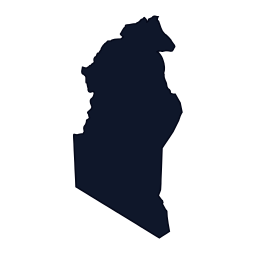 the border of Chad, rotated 178°
{"feature_id": "TCD", "entity_name": "Chad", "entity_type": "country or territory", "adm_level": 0, "iso_a3": "TCD", "parent_name": "Africa", "parent_adm1": "", "projection": "equal_earth", "projection_center": [18.978, 15.46], "detail": "fine", "context": "isolated", "style": "filled", "palette": "ink", "viewbox_px": 256, "rotation_deg": 178, "n_neighbors": 0, "source": "natural_earth", "source_scale": "50m", "svg_char_len": 3504}
<svg xmlns="http://www.w3.org/2000/svg" viewBox="0 0 256 256"><g transform="rotate(178 128 128)"><path d="M182.0,71.1L182.0,77.2L182.1,83.3L182.2,89.5L182.2,95.7L182.3,101.8L182.4,108.0L182.4,114.2L182.5,120.4L182.5,122.4L182.4,123.2L182.3,123.3L182.1,123.5L179.7,122.9L178.6,122.9L177.1,123.3L174.9,123.6L173.4,123.5L172.5,124.6L171.7,125.9L172.1,128.9L172.0,130.0L171.7,131.0L171.0,131.9L170.4,132.6L170.0,133.3L169.5,134.7L169.1,135.3L169.2,136.2L169.0,137.1L168.6,137.6L167.6,138.0L166.9,138.4L166.4,139.0L166.1,139.5L166.2,140.2L166.5,141.1L166.7,142.4L166.8,143.2L167.3,143.9L167.6,144.4L167.7,144.9L167.4,145.4L166.2,146.4L165.7,146.8L165.1,147.3L164.9,147.5L163.9,148.5L163.5,149.3L163.3,150.0L163.3,151.0L163.8,152.4L164.3,153.7L164.5,154.6L164.6,155.6L164.6,156.6L164.3,157.4L163.8,158.2L162.1,159.6L161.2,161.2L160.6,163.1L160.4,164.1L160.6,164.8L161.0,165.4L161.5,165.7L162.2,165.8L163.5,165.4L164.6,165.2L165.9,165.9L166.5,167.5L166.3,168.7L166.8,170.8L167.2,173.4L167.2,174.2L167.4,174.5L168.1,174.7L168.3,175.3L168.1,179.8L168.4,181.1L169.0,182.0L169.6,182.4L170.1,183.0L170.5,183.4L171.1,183.5L171.9,184.4L172.1,185.4L172.1,186.5L171.6,188.8L171.3,190.3L170.8,190.2L169.9,189.8L168.8,189.5L167.5,189.2L166.2,189.9L164.8,190.7L164.3,191.3L164.0,191.6L163.3,191.6L162.8,191.7L162.5,192.3L162.0,192.9L159.9,194.2L159.5,194.7L159.3,195.2L159.3,195.7L159.5,196.8L159.5,198.1L159.0,199.2L158.5,199.9L157.9,200.2L157.4,200.3L157.1,200.8L156.1,203.2L155.6,203.7L154.7,203.6L152.0,207.3L151.8,208.4L150.8,209.9L149.6,211.6L148.5,212.4L148.4,212.7L148.1,213.1L147.4,213.4L145.1,215.5L142.2,215.4L141.0,216.3L139.8,216.6L138.0,217.0L137.5,217.0L135.2,217.1L132.5,217.1L131.5,217.4L130.6,218.2L129.9,218.9L129.8,219.1L129.9,219.4L129.8,219.6L131.7,221.3L132.2,222.2L131.7,223.0L131.4,223.1L131.1,223.8L130.0,225.7L128.4,228.0L127.5,228.6L127.2,229.0L126.8,230.5L126.5,230.8L125.3,231.0L123.1,231.1L119.9,231.6L118.1,231.8L116.9,231.6L115.2,232.7L114.7,232.9L114.3,233.0L112.7,234.0L111.3,235.6L110.8,235.9L108.9,236.6L108.2,237.6L107.8,237.7L106.6,236.3L105.8,235.0L105.4,233.7L105.3,233.3L105.1,233.4L104.4,234.0L103.8,234.6L103.6,235.9L101.6,236.7L99.9,237.4L99.2,238.3L98.0,238.8L96.5,238.6L95.3,238.2L94.1,238.1L94.7,237.0L94.9,236.1L95.0,235.1L94.9,234.4L94.2,234.0L93.8,233.5L92.8,230.2L91.8,226.9L90.4,223.5L88.8,221.4L87.7,220.1L87.4,220.0L86.8,219.6L86.4,219.2L84.3,217.0L82.2,214.4L81.7,213.3L80.6,211.6L79.4,209.8L78.8,209.0L78.5,207.6L79.4,206.3L80.3,204.6L81.3,203.5L82.7,203.4L85.0,203.9L87.5,204.1L90.0,203.7L90.6,203.5L91.3,203.5L92.6,203.9L94.9,203.8L96.1,203.1L94.8,202.0L93.4,200.2L92.2,198.2L91.4,196.4L90.7,194.1L90.0,191.3L89.6,187.6L89.7,185.5L89.9,184.0L90.6,181.6L90.2,180.2L90.3,179.0L90.2,177.3L90.0,176.5L89.1,173.6L88.9,173.3L88.2,171.4L87.8,168.1L86.9,166.0L85.5,164.9L84.7,163.7L84.4,161.5L83.9,160.9L81.6,160.1L79.7,160.1L78.4,157.6L76.7,154.3L75.1,151.3L74.1,145.3L73.5,141.9L74.2,140.9L75.5,138.4L77.3,133.7L81.2,126.5L83.2,122.8L87.1,117.3L92.0,110.6L94.7,106.8L95.2,99.9L95.7,92.5L96.1,87.0L96.6,80.5L97.0,75.1L97.2,71.1L97.7,65.5L98.0,64.4L99.9,60.0L100.0,59.4L99.7,58.7L97.1,54.9L96.2,54.1L95.8,52.2L96.5,51.1L93.3,44.8L92.5,44.1L92.2,43.3L92.2,42.2L92.1,37.9L91.4,31.1L90.3,23.3L94.1,21.0L96.9,19.4L100.5,17.2L103.9,19.4L108.7,22.6L113.5,25.8L118.4,29.0L123.2,32.3L128.1,35.5L132.9,38.7L137.8,41.9L142.7,45.1L147.6,48.4L152.5,51.6L157.4,54.8L162.3,58.1L167.2,61.3L172.1,64.6L177.0,67.8L182.0,71.1Z" fill="#0f172a" stroke="#020617" stroke-width="1.5"/></g></svg>